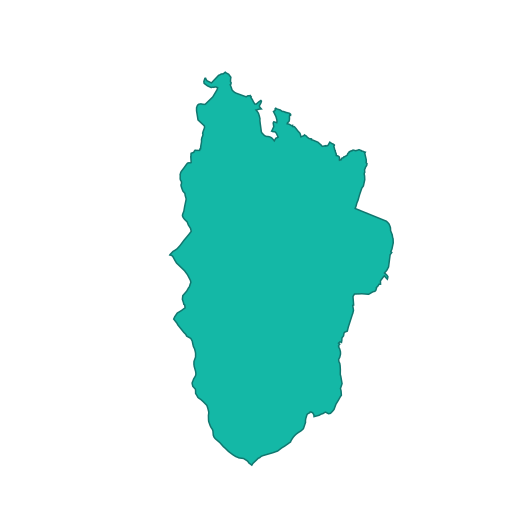 Magura Ilvei, Bistrita-Nasaud, Romania (Mercator projection), rotated 49°
{"feature_id": "2599482B90695953081528", "entity_name": "Magura Ilvei", "entity_type": "district", "adm_level": 2, "iso_a3": "ROU", "parent_name": "Romania", "parent_adm1": "Bistrita-Nasaud", "projection": "mercator", "projection_center": [24.803, 47.362], "detail": "fine", "context": "isolated", "style": "filled", "palette": "teal", "viewbox_px": 512, "rotation_deg": 49, "n_neighbors": 0, "source": "geoboundaries", "source_scale": "gbopen_adm2", "svg_char_len": 6154}
<svg xmlns="http://www.w3.org/2000/svg" viewBox="0 0 512 512"><g transform="rotate(49 256 256)"><path d="M411.1,396.4L410.5,394.5L410.4,392.5L410.3,389.5L410.1,386.9L410.6,385.7L410.6,383.5L411.3,381.5L415.5,372.4L417.4,367.6L417.7,362.5L418.3,359.1L419.0,351.9L418.4,350.9L417.6,348.3L417.2,346.8L416.9,344.7L416.8,342.4L417.0,340.0L417.5,336.7L417.5,334.1L417.2,333.1L414.0,327.7L412.9,326.9L411.4,325.2L409.1,321.5L409.0,320.4L409.6,318.1L409.2,317.7L409.7,316.8L410.5,316.6L411.3,316.1L413.8,316.5L415.3,317.6L417.6,312.9L418.2,310.1L418.8,309.1L419.3,306.1L419.6,305.9L422.7,304.7L423.6,303.0L423.4,300.2L423.0,297.8L420.3,292.9L418.8,288.2L417.5,284.6L417.1,282.9L413.6,280.3L411.4,279.2L408.8,274.8L402.7,271.1L400.7,270.1L397.0,266.8L394.0,264.5L392.1,263.3L390.0,262.7L388.2,261.4L387.4,259.3L385.5,256.6L383.7,255.1L381.0,253.8L378.7,253.3L378.6,252.8L377.8,252.5L377.5,250.7L375.9,250.9L375.8,248.9L377.3,248.2L376.1,246.7L374.7,245.4L374.1,244.5L373.7,242.3L371.9,240.2L371.7,238.9L372.6,236.4L370.2,233.0L363.3,221.6L362.8,220.6L361.0,218.1L356.7,215.4L357.1,214.5L350.2,209.4L349.3,206.7L351.1,204.4L352.2,203.1L353.9,200.9L358.8,196.1L359.7,191.3L360.6,189.5L360.6,188.3L359.5,186.4L358.8,185.9L358.7,183.9L358.0,181.7L359.0,180.5L356.4,178.4L355.4,173.9L355.2,172.2L358.0,172.2L359.7,172.1L359.0,171.0L358.1,170.0L356.4,169.8L354.7,169.9L353.1,170.2L352.6,166.7L351.2,163.1L343.0,153.9L342.4,151.2L341.2,151.4L339.9,148.8L336.1,143.8L333.0,141.3L331.6,140.7L329.4,139.3L325.2,137.8L322.9,136.0L321.5,135.4L319.1,134.6L317.0,134.6L315.2,134.8L285.2,150.0L284.0,147.8L282.1,145.0L280.9,142.5L277.6,137.5L274.2,131.6L273.6,129.0L269.8,123.9L266.8,121.5L265.3,120.7L264.4,119.8L264.2,119.0L262.0,117.4L261.7,116.5L260.8,115.0L260.3,113.1L259.1,111.6L257.8,111.7L257.0,110.7L255.6,109.6L249.4,106.3L249.6,105.8L249.4,105.4L249.0,105.8L248.5,105.9L248.3,106.2L247.5,106.4L247.0,106.6L246.1,107.5L245.6,107.3L245.3,107.7L244.0,108.1L243.3,108.6L242.5,110.8L242.2,111.0L242.0,111.7L240.0,113.0L239.5,113.8L239.6,114.8L239.1,115.1L238.9,115.7L239.0,116.2L238.6,116.7L238.5,117.4L239.0,117.8L238.8,118.5L239.0,119.7L239.7,120.7L239.4,123.3L238.8,124.8L239.2,125.3L238.5,127.0L239.2,128.6L239.2,129.0L238.5,129.5L238.4,130.1L237.6,129.6L237.4,129.0L235.8,128.2L234.6,128.4L233.6,128.9L232.9,129.5L231.6,128.5L229.3,127.7L228.6,127.1L227.1,126.8L226.2,126.2L224.8,125.6L224.0,125.1L224.1,124.5L223.6,124.0L222.2,124.3L220.9,125.0L218.5,125.6L219.7,129.0L219.6,129.7L219.3,130.4L218.7,131.4L218.4,131.1L216.9,133.9L215.5,134.2L214.9,134.0L213.3,134.3L210.8,134.6L205.9,137.0L204.6,137.9L204.0,137.3L202.2,138.9L199.7,139.4L198.7,139.3L196.4,140.0L196.7,140.6L195.6,143.9L193.0,142.6L191.9,142.3L188.9,142.4L186.3,142.2L184.0,142.2L183.4,142.3L182.5,143.4L182.2,143.3L181.4,142.7L180.9,143.7L178.4,144.5L177.4,145.1L176.7,145.7L176.1,144.8L176.1,143.7L176.0,142.7L175.4,141.8L174.4,140.7L172.8,139.4L171.7,138.1L172.5,137.6L172.1,137.1L171.6,136.9L170.3,137.1L169.2,137.8L168.5,138.4L167.9,138.6L167.5,139.3L166.8,139.3L166.3,139.9L165.7,140.0L165.0,140.4L164.0,141.4L161.7,141.9L158.7,143.8L157.4,144.1L157.4,144.9L158.7,146.1L158.4,148.0L163.9,149.5L166.6,150.8L168.0,151.7L169.0,152.9L166.4,154.5L166.9,155.8L170.1,157.8L171.1,160.1L171.6,161.1L172.0,162.3L173.2,161.7L174.7,160.2L176.6,160.1L180.8,161.3L180.5,162.8L180.1,163.8L181.1,166.7L178.9,166.6L177.1,166.7L175.7,167.2L174.3,168.0L172.2,170.0L170.6,170.6L167.1,170.8L165.8,170.5L158.5,165.7L156.3,164.2L154.9,162.9L152.6,161.7L149.9,160.5L148.2,160.3L145.9,160.2L146.3,159.6L146.5,158.8L147.2,157.3L148.5,155.5L145.9,155.5L144.8,154.9L143.7,151.9L142.7,150.3L141.8,150.3L141.5,152.5L141.5,156.2L140.5,157.2L137.9,156.8L135.7,156.2L132.8,155.8L132.7,155.2L131.0,155.1L130.9,155.8L129.8,156.9L129.4,159.0L120.0,164.2L118.4,164.8L116.4,165.1L114.7,165.1L113.4,164.4L109.8,163.1L109.8,162.1L108.9,161.1L107.7,160.9L106.1,159.4L104.6,157.7L100.8,157.4L98.4,158.4L97.1,158.6L97.0,161.2L95.8,162.9L95.5,164.9L95.1,165.6L96.1,175.8L96.1,176.1L91.6,178.0L89.9,177.8L88.8,177.4L88.4,178.0L90.1,180.9L91.7,181.9L95.8,181.0L99.5,179.3L100.0,178.1L101.0,177.2L101.5,176.1L102.2,175.3L103.8,174.5L105.0,176.4L107.6,184.3L108.2,194.9L106.8,196.4L105.0,197.8L103.9,199.6L103.8,200.7L104.1,201.8L105.1,203.6L107.4,205.6L115.3,210.5L123.9,209.6L125.0,210.3L125.7,211.2L127.2,214.0L128.4,215.8L129.4,216.2L130.6,217.8L131.0,218.9L132.3,220.7L134.1,222.2L137.1,225.9L138.7,227.5L138.4,228.0L139.3,229.3L136.8,232.1L136.2,232.5L136.4,233.8L136.9,235.0L135.9,237.5L136.3,238.1L137.7,239.3L138.2,240.0L142.8,243.5L142.9,244.0L141.2,246.1L141.0,246.9L141.3,248.6L142.2,252.4L143.1,256.7L143.5,257.9L144.9,260.0L145.6,260.4L147.8,262.4L148.7,263.0L149.2,263.2L150.6,263.4L151.3,263.7L152.6,264.9L153.0,265.8L153.8,266.5L156.6,267.7L159.1,268.6L162.1,268.6L163.8,269.7L166.8,271.1L167.6,271.8L172.0,277.6L174.8,281.0L176.3,283.8L177.0,284.8L177.8,285.3L179.1,285.7L181.3,285.9L185.2,285.6L188.1,286.7L192.2,287.3L194.9,288.7L195.7,292.6L196.9,300.1L198.3,306.5L198.8,310.9L198.5,313.5L198.1,315.6L198.5,319.9L198.7,320.4L200.0,319.4L201.4,319.1L203.2,319.4L206.2,320.1L209.2,320.6L220.2,319.6L225.2,320.0L231.4,321.5L233.2,322.5L234.1,324.2L235.6,326.6L235.8,327.9L237.0,331.2L237.9,337.3L240.4,340.0L243.5,341.3L245.2,342.2L246.1,341.9L248.6,343.5L248.2,348.2L247.8,350.8L247.6,351.5L247.4,352.9L248.5,357.1L249.6,359.5L255.2,359.8L256.5,360.2L266.3,360.6L269.1,360.4L270.9,360.9L275.4,359.3L278.3,359.9L280.9,361.4L283.2,362.6L285.8,363.3L288.6,364.7L290.0,365.6L292.6,367.9L294.9,372.0L297.0,373.9L298.8,375.1L303.3,377.2L305.0,378.3L306.1,379.3L306.8,380.4L307.9,383.8L308.7,385.2L309.7,387.2L310.4,387.9L312.9,389.2L316.7,389.1L317.9,389.9L320.2,391.8L321.9,392.0L324.6,392.6L325.9,392.4L328.0,391.8L331.3,391.4L336.5,391.1L339.2,392.2L342.7,394.0L343.7,394.9L345.1,396.5L348.6,399.4L349.9,400.3L354.0,401.9L355.9,402.4L358.4,402.7L359.8,403.3L363.2,405.8L365.2,406.5L367.2,406.6L373.3,405.7L378.5,405.7L380.5,405.4L385.4,405.0L390.6,403.9L394.0,402.9L396.3,401.7L397.1,401.4L400.6,398.3L401.4,398.0L404.9,397.0L406.1,396.9L407.2,397.2L411.1,396.4Z" fill="#14b8a6" stroke="#0f766e" stroke-width="1.5"/></g></svg>